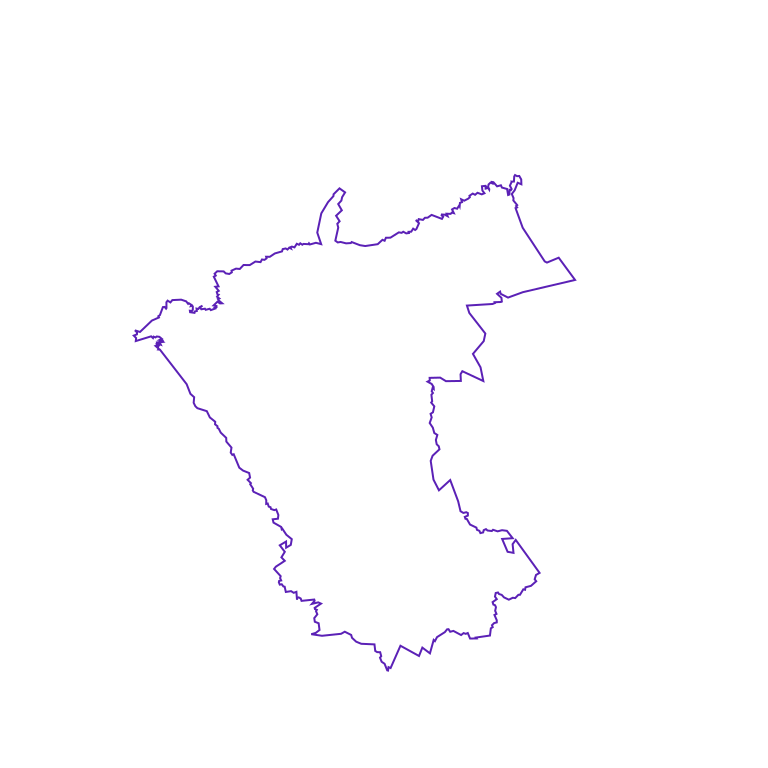 La Concordia, Chiapas, Mexico (Equal Earth projection), rotated 304°
{"feature_id": "50627088B57221849873163", "entity_name": "La Concordia", "entity_type": "district", "adm_level": 2, "iso_a3": "MEX", "parent_name": "Mexico", "parent_adm1": "Chiapas", "projection": "equal_earth", "projection_center": [-92.825, 15.96], "detail": "fine", "context": "isolated", "style": "outline", "palette": "violet", "viewbox_px": 768, "rotation_deg": 304, "n_neighbors": 0, "source": "geoboundaries", "source_scale": "gbopen_adm2", "svg_char_len": 6166}
<svg xmlns="http://www.w3.org/2000/svg" viewBox="0 0 768 768"><g transform="rotate(304 384 384)"><path d="M604.8,395.6L605.4,394.0L606.8,394.4L608.5,388.6L610.6,387.4L613.0,383.7L617.6,384.0L625.6,382.3L626.4,386.2L630.3,383.4L632.1,379.8L630.7,378.1L630.5,375.8L628.9,375.9L624.5,378.5L623.3,376.8L622.9,377.8L622.9,376.8L618.8,377.5L617.0,380.8L615.6,380.8L615.2,379.5L611.2,382.0L610.1,381.2L614.5,377.0L612.8,371.9L614.1,369.8L611.1,367.2L612.5,361.9L611.9,360.6L610.9,361.7L610.5,359.7L607.9,359.1L605.5,360.2L604.4,362.3L604.0,362.5L604.8,360.7L602.8,359.0L603.6,358.4L604.3,359.5L605.1,357.4L602.7,354.6L599.4,357.4L598.3,360.6L595.9,359.0L594.8,354.6L591.8,353.7L591.5,351.1L587.8,349.6L586.9,350.7L584.8,350.2L580.8,348.0L580.3,344.7L578.4,347.0L576.6,345.7L573.7,347.3L574.2,346.5L570.2,346.6L569.3,344.0L566.8,342.8L564.7,346.4L564.0,344.4L562.3,344.1L560.2,340.7L558.7,342.9L558.5,341.1L559.1,341.0L556.9,337.2L556.0,337.5L555.8,339.5L553.3,339.7L550.8,328.9L546.3,327.2L544.7,325.0L541.8,324.5L540.1,320.6L538.1,321.3L537.6,318.7L536.9,323.1L530.6,324.2L529.1,323.7L529.1,321.3L525.5,321.4L523.9,319.3L523.1,320.2L521.3,318.2L521.0,314.8L519.2,314.1L518.0,311.5L508.9,307.5L506.3,303.8L503.1,304.4L502.7,302.1L496.4,300.6L487.9,291.3L485.6,286.4L483.6,277.8L482.3,277.7L479.4,273.9L477.5,268.6L475.5,266.5L475.6,263.5L488.1,258.6L490.7,255.7L494.1,256.2L496.7,250.2L504.4,251.9L507.6,245.4L512.2,246.1L515.5,244.8L521.1,244.6L521.3,237.7L513.1,236.1L511.5,237.0L503.5,235.9L490.4,236.6L472.2,244.0L464.8,253.7L463.0,248.6L458.2,244.5L458.7,243.1L457.6,243.1L455.1,238.9L453.8,238.4L453.8,235.9L451.9,235.7L451.5,233.3L447.2,233.4L446.4,230.8L445.0,229.9L444.3,231.0L444.1,229.2L441.5,228.8L441.4,226.7L439.2,224.6L436.9,225.3L431.2,220.5L425.6,218.2L423.6,215.1L422.5,216.4L420.1,215.5L419.0,213.2L416.0,213.5L413.6,208.9L407.5,206.2L404.1,201.0L398.7,200.1L396.9,196.8L392.7,194.2L391.5,195.4L388.7,194.2L387.2,190.9L387.7,188.1L384.2,182.7L380.7,181.9L379.8,183.9L377.8,182.9L372.4,192.2L370.3,189.8L368.8,194.9L366.7,193.9L365.0,196.1L365.4,196.9L363.0,196.8L362.8,199.6L361.6,198.8L360.8,200.7L360.4,204.7L359.1,203.0L359.1,199.9L353.8,198.8L355.0,201.5L354.0,202.2L352.5,201.0L352.2,201.9L348.4,199.1L348.9,197.4L345.8,194.7L346.3,193.4L343.8,190.8L344.5,188.6L347.4,189.7L344.6,188.2L342.4,188.1L341.7,186.4L339.9,188.0L338.3,186.6L337.0,187.1L335.1,183.1L336.2,182.1L337.1,183.8L338.6,184.0L341.3,182.2L341.7,181.3L340.6,180.3L341.9,180.1L341.8,177.0L340.9,176.8L341.9,173.8L340.5,168.7L335.2,161.6L332.2,161.3L332.1,158.0L330.1,157.9L325.3,161.2L324.6,161.2L325.2,159.0L324.1,157.7L315.8,159.7L314.0,159.0L313.3,160.2L306.8,156.1L290.7,152.6L289.2,147.5L288.7,150.4L287.0,151.4L284.2,149.5L283.5,152.8L280.8,154.2L293.3,164.3L292.9,166.8L294.4,166.5L294.8,168.5L296.3,169.0L297.5,171.4L297.2,174.5L295.0,173.3L296.3,176.1L295.9,176.9L294.7,175.7L294.8,176.6L291.5,172.5L291.0,173.0L292.2,173.6L292.4,175.9L291.8,176.9L291.2,174.1L290.0,176.6L290.0,175.6L289.3,175.8L289.9,174.6L289.1,174.8L290.2,173.9L289.9,173.2L288.7,174.2L287.8,173.4L287.2,177.6L286.4,177.6L287.2,179.0L273.5,220.5L267.6,229.0L266.9,234.0L262.0,236.7L260.1,240.0L259.6,242.8L262.4,252.3L258.9,258.3L258.3,265.2L256.1,266.5L255.9,269.5L254.5,270.5L254.5,272.1L252.4,275.8L251.1,283.3L248.1,285.5L246.0,293.1L241.4,295.3L240.4,297.9L241.7,298.7L233.7,310.8L233.4,315.6L234.8,322.0L231.5,325.3L228.3,324.5L227.4,329.1L226.1,329.1L224.0,334.1L222.4,334.7L221.7,336.2L223.6,348.6L221.8,351.4L218.7,353.4L219.9,354.4L217.9,357.0L218.4,358.8L217.2,360.2L218.1,363.6L219.7,364.8L216.3,369.7L213.0,371.4L209.6,367.4L207.3,369.9L208.0,378.7L206.4,380.4L207.2,380.6L204.4,387.4L203.8,394.3L198.5,396.7L193.6,394.4L198.6,390.9L192.0,387.8L189.4,395.6L182.9,395.9L181.9,400.6L172.1,396.5L169.2,396.3L166.9,405.8L165.0,406.4L163.6,408.6L162.1,407.2L160.8,407.7L159.4,409.8L160.8,411.2L159.9,413.8L160.4,415.0L156.7,418.9L160.3,422.8L160.4,425.9L162.7,427.6L156.5,432.5L158.3,431.7L159.4,432.6L159.6,434.9L158.1,436.9L166.3,446.7L165.5,447.7L161.4,447.2L166.2,451.6L166.7,454.6L159.6,451.7L158.8,452.6L159.2,454.6L157.6,454.7L155.8,457.5L150.9,457.1L148.2,459.6L149.1,463.6L144.0,468.1L139.5,466.6L135.9,463.6L140.6,473.4L152.9,488.1L156.7,490.0L157.6,497.1L155.7,499.4L154.8,505.0L155.9,510.4L162.8,521.7L157.8,526.0L157.9,528.3L159.5,530.8L156.8,533.9L154.9,533.7L152.4,537.4L152.4,540.9L148.4,546.8L148.7,547.6L151.8,546.1L152.2,548.3L176.2,544.0L178.1,565.1L186.9,563.2L186.4,572.7L199.6,568.3L199.3,570.0L203.8,569.5L212.3,573.2L215.9,573.5L216.8,574.6L215.6,577.4L218.1,579.6L219.0,588.3L222.0,589.3L222.6,591.5L224.4,592.7L221.1,597.7L224.8,603.0L225.2,602.0L234.7,612.5L241.2,609.2L243.2,610.1L244.4,608.4L247.4,609.0L249.4,610.8L251.2,609.6L254.3,604.7L256.3,605.8L258.1,603.0L261.6,601.6L262.7,599.8L262.3,598.0L263.9,596.0L268.7,597.8L269.8,594.9L273.2,593.5L274.9,595.1L274.2,596.8L275.0,599.5L274.2,602.8L275.0,608.1L278.8,610.3L279.9,612.5L284.4,613.3L285.3,614.6L291.7,614.3L292.3,616.0L294.6,615.0L298.8,618.7L305.6,620.5L306.4,618.1L310.7,616.8L314.4,618.6L328.4,580.4L323.1,580.2L316.4,585.8L314.0,580.3L321.6,568.6L328.1,576.9L331.0,568.0L328.8,563.6L325.4,560.6L324.1,555.9L322.4,555.6L320.4,551.7L320.7,549.7L318.6,548.4L316.4,549.2L314.3,547.3L315.6,545.2L315.1,542.6L316.6,540.9L315.6,533.9L318.4,528.2L317.8,526.9L319.0,525.3L321.8,527.1L323.9,525.7L323.7,523.9L321.5,521.9L321.3,518.6L328.2,511.1L341.4,492.6L326.6,489.0L332.4,478.5L346.4,465.7L351.7,464.4L360.9,466.5L363.0,464.2L363.5,461.4L366.6,458.3L371.6,456.7L371.5,453.1L375.1,448.9L377.2,443.7L383.0,442.2L385.3,439.3L387.9,440.4L393.6,438.2L395.0,433.5L396.6,433.6L401.6,429.3L403.9,429.6L404.7,427.6L407.9,426.5L407.7,428.0L409.3,426.8L410.7,423.5L410.3,418.8L412.5,420.0L414.6,418.4L420.7,427.0L421.0,433.8L429.5,446.0L434.9,442.0L438.4,441.8L442.0,464.7L451.8,454.7L458.7,440.9L475.3,442.7L482.5,439.8L490.6,415.0L495.4,408.9L511.0,429.2L513.2,430.7L513.7,430.0L517.3,435.0L518.2,435.6L521.1,433.2L522.0,427.3L525.5,428.6L524.0,430.3L525.0,438.5L537.8,447.8L577.1,484.2L586.4,458.2L575.8,451.2L575.5,448.7L591.1,411.6L603.4,394.7L604.8,395.6Z" fill="none" stroke="#5b21b6" stroke-width="2"/></g></svg>